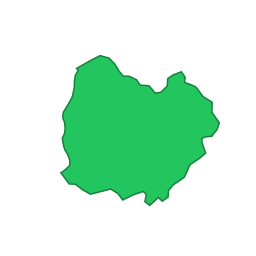 outline of Gimhae-si, South Gyeongsang, South Korea, rotated 230°
{"feature_id": "91817680B1708787718818", "entity_name": "Gimhae-si", "entity_type": "district", "adm_level": 2, "iso_a3": "KOR", "parent_name": "South Korea", "parent_adm1": "South Gyeongsang", "projection": "equal_earth", "projection_center": [128.865, 35.269], "detail": "fine", "context": "isolated", "style": "filled", "palette": "green", "viewbox_px": 256, "rotation_deg": 230, "n_neighbors": 0, "source": "geoboundaries", "source_scale": "gbopen_adm2", "svg_char_len": 1178}
<svg xmlns="http://www.w3.org/2000/svg" viewBox="0 0 256 256"><g transform="rotate(230 128 128)"><path d="M136.9,47.8L122.9,47.0L118.8,51.5L109.8,53.5L101.4,56.7L92.4,75.5L84.6,78.1L82.2,78.1L76.3,77.6L73.2,89.7L69.6,98.8L65.5,99.4L60.7,93.6L54.7,94.9L55.3,106.5L49.9,107.2L49.3,114.3L54.1,118.8L55.3,126.0L54.1,139.6L60.0,151.9L58.8,163.6L58.8,171.3L69.0,175.2L72.6,177.8L71.4,181.7L67.8,186.9L69.6,195.4L73.2,201.2L86.4,202.5L92.3,207.9L92.6,208.1L93.6,209.0L103.8,205.7L115.1,206.4L115.3,206.4L120.1,204.4L126.6,200.6L130.1,204.4L136.7,205.1L139.7,196.7L140.3,190.2L134.9,185.0L134.3,175.9L137.3,171.3L137.5,171.3L146.9,171.3L152.9,164.9L153.0,164.9L159.5,165.5L166.7,162.3L170.9,157.7L171.0,157.7L176.9,157.7L185.8,159.0L186.0,159.0L193.8,158.4L196.5,156.5L196.5,156.4L201.4,153.2L203.8,142.8L206.7,126.9L204.1,127.0L202.3,121.7L198.4,117.2L196.0,115.0L193.8,113.2L190.3,108.7L188.1,106.0L186.9,103.4L185.4,99.7L181.7,88.8L179.3,85.9L177.1,84.3L173.6,83.2L168.5,80.0L166.8,78.2L164.6,75.8L162.3,71.0L159.2,69.2L155.5,67.1L151.6,65.5L147.1,64.9L142.5,63.4L139.8,62.0L136.8,59.1L136.4,53.6L136.6,48.3L136.9,47.8Z" fill="#22c55e" stroke="#15803d" stroke-width="1.5"/></g></svg>